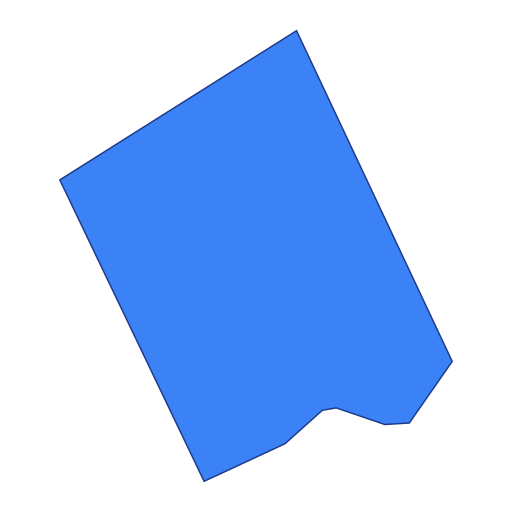 Lucena, Equal Earth projection
{"feature_id": "PHL-5560", "entity_name": "Lucena", "entity_type": "Highly Urbanized City", "adm_level": 1, "iso_a3": "PHL", "parent_name": "Philippines", "parent_adm1": "", "projection": "equal_earth", "projection_center": [121.59, 13.937], "detail": "fine", "context": "isolated", "style": "filled", "palette": "blue", "viewbox_px": 512, "rotation_deg": 0, "n_neighbors": 0, "source": "natural_earth", "source_scale": "10m", "svg_char_len": 250}
<svg xmlns="http://www.w3.org/2000/svg" viewBox="0 0 512 512"><path d="M452.2,361.4L409.3,423.0L384.8,424.5L336.2,407.9L322.3,410.3L285.0,443.7L204.1,481.3L59.8,179.9L296.5,30.7L452.2,361.4Z" fill="#3b82f6" stroke="#1e3a8a" stroke-width="1.5"/></svg>